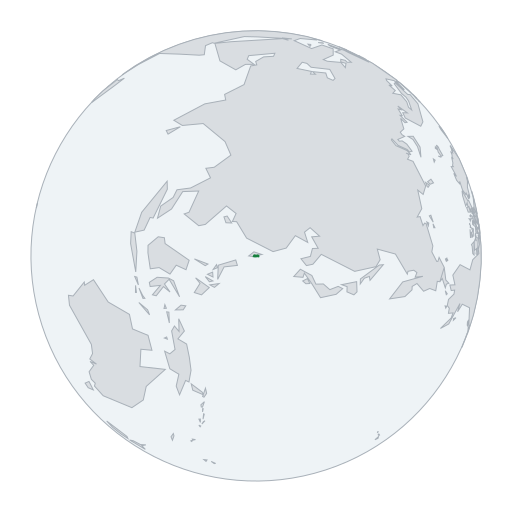 Hualien on an orthographic globe, rotated 72°
{"feature_id": "TWN-1172", "entity_name": "Hualien", "entity_type": "County", "adm_level": 1, "iso_a3": "TWN", "parent_name": "Taiwan", "parent_adm1": "", "projection": "orthographic", "projection_center": [121.379, 23.74], "detail": "fine", "context": "on_globe", "style": "filled", "palette": "green", "viewbox_px": 512, "rotation_deg": 72, "n_neighbors": 0, "source": "natural_earth", "source_scale": "10m", "svg_char_len": 11449}
<svg xmlns="http://www.w3.org/2000/svg" viewBox="0 0 512 512"><g transform="rotate(72 256 256)"><circle cx="256" cy="256" r="225" fill="#eef3f6" stroke="#a8b0b8"/><path d="M440.8,358.5L440.6,359.7L440.4,360.0L440.8,358.5ZM406.6,88.4L393.3,77.8L393.8,77.8L389.1,74.5L388.1,74.5L388.7,75.4L371.2,68.9L365.6,74.7L371.3,81.5L364.2,76.7L380.2,93.7L381.9,103.0L375.3,89.6L371.0,86.2L370.0,90.7L365.4,88.3L362.2,89.4L356.8,86.3L353.4,79.5L349.8,77.6L349.2,81.0L343.5,80.6L344.9,75.7L335.0,74.7L327.3,64.6L335.3,56.8L326.5,51.0L322.6,43.3L318.4,42.5L314.2,40.0L307.8,38.3L308.9,38.0L302.9,37.0L303.1,37.7L300.5,37.7L296.7,37.0L297.5,36.2L299.5,36.4L297.7,35.9L299.7,35.9L296.6,35.5L298.0,35.1L291.1,34.5L287.5,33.5L289.9,33.5L296.9,34.7L315.7,38.8L332.3,44.0L348.4,50.6L364.0,58.3L379.0,67.2L393.2,77.3L406.6,88.4ZM467.5,199.7L465.6,195.3L467.1,196.3L467.5,199.7ZM464.3,193.8L465.0,195.1L464.3,194.3L464.3,193.8ZM463.6,194.0L464.1,193.9L463.8,194.6L463.6,194.0ZM463.0,195.0L463.3,194.3L463.3,194.6L463.0,195.0ZM461.3,195.0L460.8,194.8L460.9,193.7L461.3,195.0ZM389.7,76.4L388.6,74.8L391.1,76.0L392.6,77.5L389.7,76.4ZM384.1,75.3L382.4,73.5L387.8,76.4L387.1,76.5L384.1,75.3ZM376.5,87.3L376.5,84.9L378.1,88.1L376.5,87.3ZM362.7,90.1L364.2,91.6L361.9,91.6L362.7,90.1ZM351.6,87.0L347.5,86.7L351.1,85.8L351.6,87.0ZM303.7,35.8L304.0,35.9L298.4,34.9L294.5,34.0L303.7,35.8ZM344.8,85.8L335.0,85.8L337.3,89.1L325.0,80.5L337.5,82.9L341.5,81.0L341.6,83.7L344.8,85.8ZM304.8,38.3L304.4,37.5L308.2,38.9L304.8,38.3ZM307.9,39.3L323.3,44.9L322.0,46.1L317.1,43.8L318.2,46.4L310.0,44.1L307.5,42.2L310.0,41.8L305.0,41.3L307.9,39.3ZM319.8,76.0L316.9,75.3L319.3,74.8L319.8,76.0ZM299.7,37.8L303.0,38.6L302.1,39.7L295.4,38.2L297.9,38.3L299.7,37.8ZM322.5,48.3L320.7,49.1L313.5,47.4L311.8,47.6L309.7,44.2L322.5,48.3ZM296.2,37.7L292.1,37.5L289.1,36.5L296.5,37.1L296.2,37.7ZM304.6,40.6L303.9,41.1L302.1,40.3L304.6,40.6ZM276.1,33.5L280.0,34.0L279.9,34.5L276.1,33.5ZM290.8,37.6L291.8,38.0L292.2,38.3L289.0,38.1L290.8,37.6ZM304.8,43.4L302.2,42.7L305.3,44.7L300.1,43.9L299.6,41.9L297.6,42.4L296.0,42.2L297.4,40.9L304.8,43.4ZM286.9,39.1L284.5,36.8L277.3,35.5L277.2,34.9L288.8,37.2L286.9,39.1ZM292.9,40.2L289.2,39.3L291.0,38.8L294.7,39.1L292.9,40.2ZM296.7,44.2L304.8,45.9L304.7,46.3L296.7,44.2ZM284.5,38.7L285.1,39.3L283.7,38.7L284.5,38.7ZM292.5,42.5L295.4,43.0L295.2,43.4L292.5,42.5ZM284.0,40.3L283.2,39.4L285.6,39.5L284.0,40.3ZM287.6,41.3L286.5,41.9L287.0,40.0L288.9,41.4L287.6,41.3ZM291.8,42.8L292.6,43.3L290.6,42.6L291.8,42.8ZM275.0,40.7L275.0,38.4L280.5,38.5L279.8,40.6L275.0,40.7ZM71.8,126.4L65.9,135.4L69.5,131.1L62.8,146.8L63.0,153.1L75.9,139.0L75.7,128.1L82.8,118.6L88.8,120.5L90.0,131.3L92.8,128.0L98.1,115.5L104.5,112.8L100.6,110.9L97.6,115.4L95.1,114.6L97.6,110.5L99.8,109.6L101.2,105.5L90.5,112.2L86.3,117.5L86.1,112.2L79.1,120.8L76.9,122.3L87.8,108.4L91.4,104.9L106.7,88.5L102.8,91.5L88.2,107.5L90.0,104.9L84.7,110.2L90.2,104.2L107.2,87.0L108.8,85.5L132.6,67.5L131.0,68.6L135.1,66.7L133.0,68.9L143.3,63.7L143.6,64.4L137.4,67.1L131.9,70.5L127.7,77.6L129.4,77.6L136.4,73.9L134.4,76.8L141.7,72.4L143.5,75.6L147.5,68.4L155.9,65.0L161.7,65.0L165.2,62.8L155.7,63.0L151.3,64.3L146.3,67.4L134.9,71.3L134.5,70.0L149.2,61.8L150.2,59.5L161.2,55.0L180.0,55.8L183.5,59.2L170.9,71.4L165.1,72.1L166.7,67.8L157.2,74.8L161.8,72.7L160.1,75.4L167.7,73.6L166.8,75.5L175.5,71.0L175.3,73.1L169.8,75.9L180.8,76.1L182.8,80.5L185.7,79.7L188.2,77.6L189.0,85.1L191.1,84.2L191.7,81.4L196.2,78.0L204.6,75.2L204.4,78.0L201.4,79.3L194.7,86.7L186.6,90.5L187.4,91.4L194.3,88.8L202.5,79.7L207.6,77.3L204.5,81.5L206.0,79.8L208.5,79.5L210.8,82.0L214.5,77.4L241.9,73.0L249.1,78.0L243.3,81.8L262.2,83.7L268.8,90.7L269.2,87.8L278.7,87.8L276.8,85.5L277.7,84.2L301.1,84.7L306.4,87.5L317.0,85.8L317.3,84.6L313.9,82.3L325.0,80.5L337.3,89.1L336.1,91.4L344.6,95.8L340.6,100.8L341.3,107.5L331.9,111.4L333.2,116.9L336.4,118.1L340.6,126.9L338.1,142.2L326.0,124.5L326.9,103.5L325.3,111.2L321.5,108.1L318.3,110.3L317.5,116.2L320.0,117.7L297.2,122.8L286.9,138.5L297.9,139.1L303.2,145.2L301.1,166.9L274.6,193.4L281.4,204.4L280.7,211.0L272.5,214.1L273.2,204.4L266.3,200.0L267.9,194.5L255.0,197.1L256.8,189.4L245.8,195.8L248.3,202.5L259.1,202.6L248.8,212.3L257.8,224.8L257.1,238.4L236.1,259.4L217.4,263.8L215.9,267.8L209.4,261.8L199.3,268.6L210.3,294.4L209.5,301.1L193.8,311.3L193.7,306.2L176.5,290.4L172.1,305.8L185.2,321.8L189.6,338.0L179.1,331.2L174.7,316.7L168.6,310.7L171.1,297.2L167.6,275.1L157.1,276.6L158.7,268.3L152.3,248.7L137.6,250.1L113.7,265.3L109.1,285.7L101.5,292.2L95.5,257.7L98.3,236.6L92.6,235.9L89.3,214.4L73.6,202.3L74.5,196.2L70.9,196.2L69.0,187.2L71.5,177.6L69.0,175.4L63.2,201.0L66.2,203.6L73.1,198.6L70.5,206.9L72.7,217.7L59.3,230.0L41.1,229.4L44.5,213.5L57.5,163.5L60.0,159.8L60.3,159.3L60.8,158.4L56.6,163.9L60.6,154.8L48.1,186.8L43.7,199.3L40.7,230.1L39.7,231.5L40.3,239.0L48.6,243.0L47.5,247.9L40.4,266.3L33.6,285.1L37.5,308.6L42.1,326.4L42.3,327.4L37.7,311.8L34.3,296.0L32.0,279.9L30.9,263.8L30.9,247.6L32.1,231.4L34.4,215.4L37.9,199.5L42.5,184.0L48.3,168.8L55.1,154.1L62.9,139.9L71.8,126.4ZM86.0,152.2L90.3,159.0L97.6,146.2L99.8,148.0L101.5,143.3L98.1,145.3L103.5,133.1L108.6,133.1L112.8,128.4L111.6,126.0L101.3,128.2L93.5,145.3L88.6,148.0L86.0,152.2ZM155.8,54.2L151.7,56.3L150.4,57.0L155.8,54.2ZM145.6,59.6L146.6,59.1L160.4,52.3L159.2,53.3L157.5,53.8L155.4,55.1L152.1,56.3L137.5,64.7L133.9,66.8L136.5,65.0L145.6,59.6ZM197.6,38.7L203.6,37.2L193.4,40.9L189.0,41.9L191.4,40.4L198.1,38.4L197.6,38.7ZM280.7,32.2L283.6,32.5L283.4,32.6L280.7,32.4L280.7,32.2ZM269.6,31.1L270.8,31.2L270.4,31.2L280.7,32.1L277.1,31.8L277.3,31.9L282.6,33.2L293.8,35.4L292.0,36.0L287.7,35.9L284.7,35.5L286.9,35.1L281.3,34.8L282.1,33.9L278.0,33.7L267.6,31.4L270.5,31.4L261.0,30.8L262.3,30.8L269.6,31.1ZM247.4,30.9L248.9,30.9L245.6,31.5L250.6,31.2L250.5,31.5L246.6,31.6L252.6,31.8L251.4,32.2L256.0,33.7L265.3,34.3L267.2,35.2L263.0,35.1L267.8,36.1L261.1,36.7L262.3,37.5L256.9,39.2L248.0,39.2L250.1,40.1L246.0,41.8L238.5,42.4L242.3,40.7L231.3,42.7L232.0,40.7L230.7,41.1L228.4,40.0L223.3,39.5L224.7,38.6L222.1,38.8L220.5,38.3L217.4,38.5L218.8,37.1L215.2,37.3L217.9,36.6L211.2,37.4L216.8,36.3L215.3,36.0L210.7,37.2L225.8,32.8L226.1,32.7L247.4,30.9ZM273.3,41.1L262.5,40.9L257.6,39.9L269.1,37.4L268.9,36.6L276.1,35.7L283.0,37.3L280.3,37.3L279.4,37.8L277.6,37.1L278.2,38.1L274.6,38.3L274.1,39.2L270.7,38.8L273.3,41.1ZM88.2,105.7L86.9,107.3L85.8,108.9L82.4,112.6L88.2,105.7ZM99.3,94.2L99.1,94.4L96.9,96.5L99.3,94.2ZM103.3,90.5L99.4,94.0L102.3,91.3L103.3,90.5ZM137.3,67.6L137.2,68.3L135.5,69.4L133.4,70.2L137.3,67.6ZM206.2,50.1L209.1,48.8L210.2,48.9L218.2,47.3L218.3,49.0L213.5,50.6L206.2,50.1ZM73.3,139.9L70.6,141.1L71.7,138.6L72.4,138.6L73.3,139.9ZM74.7,125.8L72.2,131.0L73.8,126.8L74.7,125.8ZM207.6,51.7L210.9,50.7L208.9,52.2L207.6,51.7ZM218.8,50.2L217.2,51.8L219.2,49.0L218.8,50.2ZM138.0,447.3L142.6,450.1L140.4,449.0L138.0,447.3ZM50.6,338.8L59.4,365.2L56.8,361.1L51.7,350.7L45.3,333.3L46.8,332.6L46.2,326.2L50.6,338.8ZM246.7,379.6L253.7,381.0L253.4,381.9L246.7,379.6ZM239.3,375.8L247.2,376.8L238.0,377.7L239.3,375.8ZM250.3,377.2L258.4,376.0L261.9,374.8L261.4,376.6L250.3,377.2ZM234.0,375.3L205.4,371.4L194.3,367.2L196.8,364.2L214.7,367.8L234.0,375.3ZM195.9,363.9L179.1,351.2L157.4,317.4L165.1,319.7L188.1,342.1L186.6,344.8L196.8,354.4L195.9,363.9ZM237.1,351.7L235.5,360.5L219.6,357.8L212.5,355.4L207.5,343.1L210.3,337.5L216.1,338.6L239.4,320.9L247.4,326.8L240.1,334.7L246.6,343.4L237.1,351.7ZM109.7,288.0L112.9,302.0L108.9,302.6L109.7,288.0ZM249.5,307.3L239.7,315.5L248.8,304.2L249.5,307.3ZM255.2,296.3L255.6,301.0L252.0,296.2L255.2,296.3ZM215.1,274.3L208.9,274.4L209.1,271.1L217.1,268.9L215.1,274.3ZM256.4,249.9L255.3,259.7L253.7,262.9L251.4,256.7L256.4,249.9ZM213.1,68.6L201.8,68.6L193.7,70.7L189.2,74.5L190.7,69.5L203.1,66.3L213.1,68.6ZM238.4,72.0L242.2,69.2L243.8,70.8L243.2,71.7L238.4,72.0ZM238.4,69.9L237.0,65.9L241.3,64.6L241.6,68.1L238.4,69.9ZM221.8,57.5L218.5,57.3L220.2,56.0L221.8,57.5ZM387.7,434.5L390.0,434.2L383.5,439.4L374.7,445.3L366.8,449.0L387.7,434.5ZM324.1,457.8L323.7,453.6L333.1,452.1L329.4,456.3L324.1,457.8ZM393.8,429.8L399.6,424.2L401.6,419.1L401.1,423.2L405.7,421.0L391.9,433.1L393.8,429.8ZM289.2,439.9L245.2,448.6L235.4,446.5L237.5,442.3L227.7,427.4L230.9,428.0L228.3,417.9L254.1,410.8L272.4,394.4L287.2,396.0L298.1,383.2L313.5,384.1L309.1,394.3L325.3,400.5L335.8,377.3L346.1,400.7L358.1,407.7L361.9,420.9L341.7,444.5L329.8,449.8L327.3,448.2L322.4,450.7L314.5,450.5L309.8,444.1L305.0,446.4L309.5,441.1L302.6,445.9L298.3,441.6L289.2,439.9ZM399.3,389.5L401.7,389.6L405.4,392.4L401.7,392.7L399.3,389.5ZM434.8,365.6L435.9,367.0L433.5,368.5L434.8,365.6ZM440.4,360.0L437.5,362.1L440.8,358.5L440.4,360.0ZM411.4,373.2L412.6,374.4L411.7,375.1L411.4,373.2ZM410.5,373.0L411.9,370.3L411.7,372.7L410.5,373.0ZM399.2,362.6L400.6,361.1L401.2,361.9L399.2,362.6ZM264.0,381.8L273.7,375.7L279.1,375.4L264.0,381.8ZM397.1,360.3L393.5,360.7L393.9,359.3L397.1,360.3ZM397.3,357.2L396.9,355.4L399.1,359.4L397.3,357.2ZM390.4,354.1L394.8,356.8L389.9,354.6L390.4,354.1ZM387.8,355.0L384.7,354.0L384.9,353.4L387.8,355.0ZM352.6,361.4L364.4,371.6L355.1,372.1L344.6,365.9L336.6,372.8L318.3,372.3L322.4,368.2L319.9,361.9L301.2,359.4L297.4,355.2L304.0,352.5L291.8,348.9L305.2,347.3L310.7,355.9L318.3,349.2L331.6,350.7L344.6,353.1L355.1,358.7L352.6,361.4ZM305.4,366.0L307.7,366.0L305.7,368.5L305.4,366.0ZM378.6,350.1L383.2,353.6L382.7,354.7L380.5,354.4L378.6,350.1ZM357.6,357.1L368.9,349.2L371.6,349.1L364.1,357.6L357.6,357.1ZM366.1,344.9L371.4,345.4L374.2,349.1L373.1,350.2L366.1,344.9ZM278.0,357.4L277.5,359.7L274.1,357.7L278.0,357.4ZM282.5,356.2L292.9,359.1L281.5,358.2L282.5,356.2ZM251.3,345.8L254.3,351.7L263.7,348.9L256.5,353.5L263.0,363.2L260.9,366.5L254.4,356.0L252.3,366.1L248.1,365.6L245.7,356.6L249.9,346.1L254.1,342.0L271.2,341.3L251.3,345.8ZM282.4,349.3L279.6,342.5L281.7,338.2L284.7,341.9L282.4,349.3ZM271.7,326.0L264.7,317.7L258.1,320.2L271.6,310.2L276.1,319.8L271.7,326.0ZM266.1,308.3L259.9,310.6L266.4,304.7L266.1,308.3ZM258.4,307.8L257.9,302.2L262.7,303.4L258.4,307.8ZM269.2,308.8L270.8,299.6L273.0,305.2L269.2,308.8ZM256.5,289.7L266.4,299.7L253.1,294.7L253.5,276.5L259.2,276.6L256.5,289.7ZM294.2,219.3L293.4,214.1L298.8,213.3L297.8,217.1L294.2,219.3ZM315.6,207.5L299.9,211.4L287.2,215.3L290.8,217.9L287.2,226.4L282.3,217.9L291.8,208.9L301.3,207.7L303.4,200.6L310.8,196.2L310.3,187.2L313.8,183.6L317.2,191.6L315.6,207.5ZM309.7,183.5L311.5,168.2L321.3,171.0L323.2,174.9L318.2,180.6L313.3,178.8L309.7,183.5ZM314.8,165.5L310.1,163.8L302.7,141.5L303.6,137.6L314.4,155.1L310.5,154.5L310.6,159.8L314.8,165.5ZM317.4,76.8L317.0,75.4L319.1,76.7L317.4,76.8ZM276.4,83.0L278.1,81.5L280.6,82.8L276.4,83.0ZM284.1,78.2L280.1,77.7L284.4,77.1L284.1,78.2ZM271.2,77.1L278.6,77.0L271.4,78.8L271.2,77.1Z" fill="#d9dde1" stroke="#a8b0b8" stroke-width="1"/><path d="M257.4,253.7L257.4,253.8L257.2,254.0L257.0,254.3L256.9,254.5L256.8,254.8L256.9,255.0L256.8,255.4L256.7,255.6L256.6,256.2L256.5,256.3L256.4,257.2L256.2,257.3L256.1,257.5L256.0,257.8L255.9,258.0L255.8,258.3L255.7,258.5L255.4,258.3L255.3,258.1L255.2,258.1L254.9,257.9L254.8,257.7L254.7,257.5L254.6,257.4L254.7,257.2L254.8,257.1L254.8,256.9L255.0,256.9L255.2,256.7L255.3,256.6L255.5,256.4L255.5,256.2L255.4,255.9L255.5,255.7L255.6,255.4L255.6,255.2L255.6,254.9L255.8,254.6L255.7,254.5L255.7,254.4L255.7,254.2L255.8,254.2L256.0,254.0L256.0,253.9L256.2,253.7L256.3,253.5L256.6,253.6L256.8,253.7L257.0,253.5L257.4,253.7L257.4,253.7Z" fill="#22c55e" stroke="#15803d" stroke-width="1.5"/></g></svg>